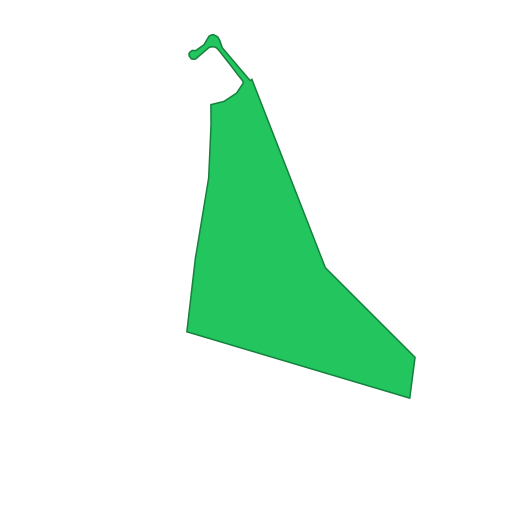 18-19, Ad Dawhah, Qatar, rotated 324°
{"feature_id": "91078587B2684025593760", "entity_name": "18-19", "entity_type": "district", "adm_level": 2, "iso_a3": "QAT", "parent_name": "Qatar", "parent_adm1": "Ad Dawhah", "projection": "natural_earth1", "projection_center": [51.554, 25.282], "detail": "fine", "context": "isolated", "style": "filled", "palette": "green", "viewbox_px": 512, "rotation_deg": 324, "n_neighbors": 0, "source": "geoboundaries", "source_scale": "gbopen_adm2", "svg_char_len": 651}
<svg xmlns="http://www.w3.org/2000/svg" viewBox="0 0 512 512"><g transform="rotate(324 256 256)"><path d="M296.8,461.4L325.1,431.5L305.2,306.3L356.5,110.7L354.7,110.9L354.2,108.7L351.1,67.7L353.4,60.3L353.8,56.2L351.8,52.0L349.8,50.9L347.1,50.6L346.2,51.0L338.1,54.5L327.8,54.4L325.3,52.2L322.3,52.2L320.6,53.0L319.5,54.9L319.5,58.4L320.7,59.8L322.7,61.1L340.7,59.7L341.0,59.7L343.2,60.9L345.2,62.3L346.3,64.2L346.8,66.6L347.6,87.9L347.8,99.0L348.1,104.6L348.0,107.6L346.9,108.8L335.9,112.8L320.9,112.1L308.5,107.0L296.9,123.2L263.7,164.9L212.9,215.1L206.0,221.8L155.5,276.7L296.8,461.4Z" fill="#22c55e" stroke="#15803d" stroke-width="1.5"/></g></svg>